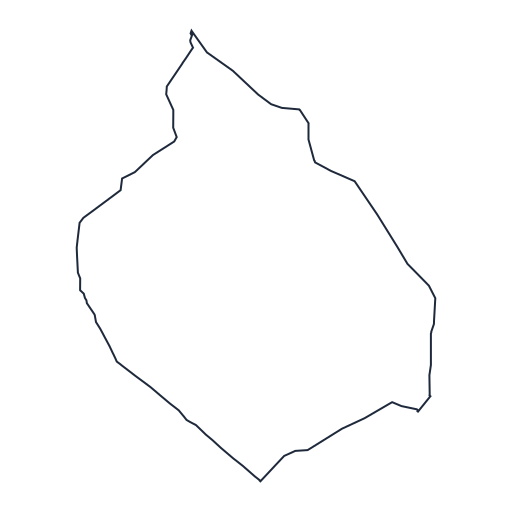 Kadugli, South Kordufan, Sudan (Albers equal-area conic projection)
{"feature_id": "16777658B74518908482161", "entity_name": "Kadugli", "entity_type": "district", "adm_level": 2, "iso_a3": "SDN", "parent_name": "Sudan", "parent_adm1": "South Kordufan", "projection": "albers", "projection_center": [29.536, 11.093], "detail": "fine", "context": "isolated", "style": "outline", "palette": "slate", "viewbox_px": 512, "rotation_deg": 0, "n_neighbors": 0, "source": "geoboundaries", "source_scale": "gbopen_adm2", "svg_char_len": 2117}
<svg xmlns="http://www.w3.org/2000/svg" viewBox="0 0 512 512"><path d="M418.0,411.6L430.4,396.2L429.5,395.4L429.5,395.0L429.7,394.7L429.4,375.2L430.9,365.0L430.9,364.9L430.9,333.6L431.3,332.4L431.3,332.0L431.3,331.6L433.9,324.1L434.0,322.3L434.0,321.2L435.3,298.2L428.9,285.7L415.2,271.7L407.4,263.8L406.9,262.9L397.4,247.0L377.4,214.8L354.9,181.6L354.6,181.2L330.9,170.9L315.1,162.4L314.6,160.8L314.2,160.5L308.5,139.5L308.5,124.0L308.6,123.3L299.9,110.0L299.6,110.0L299.3,109.4L281.9,107.9L271.1,104.2L258.2,94.6L233.6,71.5L233.0,70.9L207.5,52.8L207.0,52.5L198.6,40.7L192.4,32.0L191.5,30.7L191.4,31.0L190.6,33.4L190.8,33.8L191.0,34.1L191.7,35.5L192.0,34.6L192.1,33.9L192.4,34.2L191.8,35.9L190.2,40.3L190.5,42.3L191.0,43.4L193.0,47.7L192.5,48.4L191.5,49.8L186.0,58.1L182.5,63.1L182.5,63.3L169.7,82.2L166.8,86.5L166.6,90.0L166.2,94.3L166.7,95.4L173.3,109.9L173.3,115.4L173.2,127.1L173.2,127.7L176.7,137.1L174.2,141.5L153.0,155.0L147.8,159.9L134.9,172.1L122.1,178.5L121.4,184.0L120.6,190.2L119.1,191.3L99.1,206.2L94.0,210.0L83.4,217.8L79.6,222.8L77.5,240.4L77.3,242.3L76.7,247.6L77.0,255.0L77.9,272.7L80.2,278.4L80.1,289.6L80.2,290.4L80.6,290.7L83.8,293.7L84.0,294.6L84.7,297.0L84.8,297.6L85.1,298.2L85.2,298.4L85.4,298.7L86.4,300.3L86.5,300.8L86.9,303.3L87.3,303.8L90.2,308.1L94.2,314.0L94.5,314.5L94.8,315.2L94.8,315.4L96.0,322.1L96.4,322.7L100.0,328.4L100.4,329.1L102.4,332.8L104.4,336.6L108.9,345.0L109.1,345.4L109.6,346.3L112.9,353.3L113.8,355.0L113.9,355.3L114.7,357.0L115.2,358.0L116.6,361.2L116.8,361.6L118.8,363.1L119.5,363.6L119.8,363.8L121.6,365.3L135.0,375.6L138.5,378.2L150.5,387.1L161.2,396.2L169.9,403.5L173.8,406.5L178.7,410.3L184.1,416.8L186.6,420.0L186.8,420.1L187.2,420.3L189.9,421.9L196.0,425.1L204.6,433.4L205.7,434.5L212.2,439.9L220.8,447.8L233.6,458.7L235.2,459.9L242.7,465.8L254.7,476.3L259.8,480.3L259.7,480.6L260.4,481.3L276.2,464.4L284.2,455.9L294.2,451.4L295.2,450.9L307.6,450.1L309.9,448.7L342.0,428.7L364.6,418.2L391.9,402.3L392.2,402.2L401.5,406.1L416.8,409.3L417.5,409.9L417.7,410.0L418.2,410.4L417.5,411.2L417.7,411.4L418.0,411.6Z" fill="none" stroke="#1e293b" stroke-width="2"/></svg>